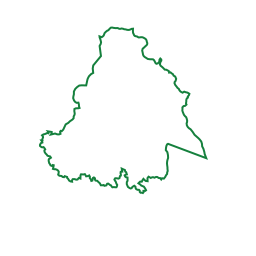 Acreúna, Goiás, Brazil, rotated 129°
{"feature_id": "56859067B88500827622042", "entity_name": "Acreúna", "entity_type": "district", "adm_level": 2, "iso_a3": "BRA", "parent_name": "Brazil", "parent_adm1": "Goiás", "projection": "albers", "projection_center": [-50.297, -17.423], "detail": "fine", "context": "isolated", "style": "outline", "palette": "green", "viewbox_px": 256, "rotation_deg": 129, "n_neighbors": 0, "source": "geoboundaries", "source_scale": "gbopen_adm2", "svg_char_len": 4839}
<svg xmlns="http://www.w3.org/2000/svg" viewBox="0 0 256 256"><g transform="rotate(129 128 128)"><path d="M150.0,76.2L148.4,75.4L147.7,74.5L147.5,72.6L146.7,71.5L147.1,69.8L145.6,69.9L144.8,68.3L142.5,68.3L140.8,68.7L139.1,68.7L137.9,69.6L136.4,70.1L134.8,71.7L133.7,72.6L132.5,73.9L131.0,75.4L129.7,76.3L128.3,77.1L126.0,78.0L124.0,79.8L122.0,82.2L121.4,84.7L119.3,86.1L117.7,86.9L116.1,87.3L115.1,86.9L102.2,48.2L100.0,52.0L98.6,53.6L96.7,56.3L95.6,58.8L93.7,60.6L92.4,62.6L91.8,65.2L91.6,67.0L91.4,72.0L90.3,75.4L89.6,78.6L89.8,80.4L89.6,82.2L88.9,83.9L87.5,85.4L86.3,85.8L85.1,86.6L83.9,88.1L83.0,89.6L82.9,91.2L82.5,92.9L81.9,94.0L81.2,95.3L80.3,96.7L79.0,97.6L77.7,98.7L76.0,98.6L74.9,97.6L73.0,97.3L72.4,98.4L70.7,99.4L69.6,100.3L68.1,100.9L66.7,100.6L66.0,101.3L64.2,101.3L62.8,101.8L62.9,103.0L63.1,104.1L63.9,105.7L64.4,107.2L66.2,107.8L66.5,109.3L66.6,110.3L66.3,111.8L65.6,113.2L65.7,114.7L65.3,116.1L64.8,118.4L63.9,120.1L62.8,120.7L61.8,120.6L60.6,121.0L59.5,121.5L58.9,122.6L58.3,123.7L58.6,125.5L57.9,127.0L58.1,128.6L58.0,130.0L59.1,130.9L58.1,132.1L58.3,133.4L58.6,134.9L59.5,136.2L59.2,138.3L59.1,139.8L59.1,141.9L58.5,143.2L57.1,144.0L56.0,144.4L54.7,144.5L53.8,145.3L53.7,146.6L55.1,146.5L56.0,145.9L57.1,145.3L58.9,145.5L60.1,146.2L60.3,147.2L59.5,149.0L58.9,150.4L58.9,151.8L59.8,153.0L60.7,154.1L61.9,156.1L62.1,158.2L62.3,159.5L62.2,161.1L61.6,162.4L60.8,163.3L59.9,164.4L58.9,165.7L57.1,166.5L55.7,166.2L53.3,165.9L52.2,165.7L51.1,165.7L49.9,166.4L49.3,167.4L48.3,168.7L47.8,169.7L47.8,171.3L48.0,172.4L48.3,173.7L49.2,175.0L50.3,176.0L51.0,176.9L51.2,178.6L51.7,179.5L52.2,180.8L51.9,182.0L51.3,183.0L50.9,183.9L49.9,184.9L48.7,185.9L47.7,186.6L48.7,187.6L50.0,188.2L51.1,188.9L52.2,190.3L52.8,191.8L53.7,193.2L53.9,194.1L54.7,195.6L56.0,196.6L56.5,197.5L56.8,198.9L58.2,200.5L59.3,202.3L59.9,203.5L60.7,204.4L62.1,204.7L64.4,204.8L65.5,205.4L67.4,205.8L69.0,205.9L70.5,205.4L71.4,205.1L72.6,205.2L74.0,205.6L74.7,207.8L75.5,207.0L76.7,205.0L78.3,202.9L79.9,202.1L82.1,201.7L89.1,194.3L101.2,194.4L103.9,192.9L107.1,189.7L109.3,190.6L112.3,190.9L114.8,190.4L116.1,189.9L121.2,187.3L122.7,189.2L124.2,191.1L125.7,192.6L128.2,193.3L130.8,193.6L133.7,193.0L135.8,191.3L137.7,190.4L139.3,189.4L140.6,187.2L141.0,185.2L140.7,183.7L139.5,182.5L140.5,181.1L142.1,179.6L142.9,178.3L144.0,179.1L145.5,180.9L146.9,181.6L148.6,180.4L150.2,178.6L151.3,177.9L153.2,177.5L154.7,176.4L156.4,176.5L159.4,177.4L161.5,177.6L164.4,178.7L170.0,177.3L172.2,177.5L172.6,178.5L173.7,178.4L175.0,176.8L176.4,177.6L177.5,179.1L178.2,181.2L181.6,183.8L180.1,184.0L179.1,184.8L181.0,188.1L181.3,186.9L182.2,186.5L182.6,187.6L183.6,188.0L185.2,188.9L186.2,189.7L187.8,190.2L188.1,188.8L188.8,188.1L189.8,187.8L190.7,187.5L191.4,186.7L192.2,187.6L192.5,186.6L193.2,185.4L194.7,186.2L196.5,185.8L197.3,185.1L197.3,183.2L196.9,182.4L196.0,181.6L196.2,180.4L196.7,178.9L198.0,178.9L199.0,177.9L199.4,176.9L199.7,175.9L199.8,174.5L200.2,173.1L199.7,171.9L199.1,170.6L199.6,169.2L200.7,169.5L201.7,169.9L202.7,169.6L203.6,168.8L204.3,167.9L204.9,167.1L205.2,165.9L205.8,164.7L205.4,163.3L204.1,163.2L203.7,162.3L205.1,161.5L207.0,160.6L206.5,159.4L205.7,158.5L205.2,157.1L205.1,155.6L205.5,154.4L206.6,153.6L208.2,152.9L208.3,151.3L207.1,149.4L207.2,148.1L206.5,146.8L205.3,146.9L204.8,145.6L204.4,144.5L205.1,143.8L205.2,142.5L205.9,140.7L205.7,139.1L204.9,137.7L204.2,138.5L202.6,138.8L201.3,137.3L200.8,135.8L199.8,134.8L198.6,134.8L197.6,134.7L197.2,133.2L194.7,135.1L193.6,135.4L193.0,134.6L192.3,133.5L191.0,132.5L191.4,131.3L191.9,130.1L190.6,128.9L189.3,128.3L189.9,126.9L190.9,126.3L191.3,124.6L192.2,123.2L191.3,122.6L189.9,123.3L188.9,123.8L187.9,123.4L187.9,122.0L188.8,121.4L189.3,120.2L188.4,118.7L188.6,116.9L188.7,115.0L189.6,113.1L188.7,111.9L187.6,111.0L187.8,110.0L186.2,108.7L184.5,109.1L183.7,108.5L183.6,107.3L183.6,106.1L183.3,105.1L183.8,103.8L183.9,102.8L182.8,101.8L182.1,100.6L181.3,99.7L180.1,100.0L179.0,100.6L178.6,101.9L177.3,104.0L177.1,105.2L176.5,106.2L175.1,106.3L174.1,105.0L173.4,103.6L172.3,103.1L171.4,103.5L170.4,104.0L169.5,103.6L168.4,104.5L167.8,105.4L166.6,106.1L165.5,105.0L164.5,106.2L163.5,107.3L163.0,105.3L162.6,104.0L163.6,102.7L163.5,101.6L164.8,99.7L165.7,100.4L166.9,100.8L167.5,99.7L167.5,98.5L166.8,97.2L168.3,95.9L169.4,95.1L170.7,94.9L171.7,94.2L172.5,93.5L173.0,92.5L173.8,91.0L173.7,89.2L173.4,88.0L172.5,87.3L171.3,87.5L170.0,87.2L168.9,86.8L168.9,85.3L169.7,84.6L170.3,83.4L170.1,81.8L169.1,80.5L169.3,79.5L170.3,78.6L170.4,77.5L169.5,76.5L169.2,75.5L168.0,75.5L167.1,76.4L166.0,75.0L165.0,74.8L164.2,76.7L163.6,78.8L164.4,81.5L164.2,82.9L164.4,85.1L163.2,85.0L162.0,84.8L161.0,83.5L159.4,83.9L157.8,84.0L158.0,82.4L158.0,80.9L157.0,79.3L155.9,80.3L154.7,81.3L152.9,81.4L152.6,80.0L152.5,78.9L151.1,78.2L150.4,77.5L150.0,76.2Z" fill="none" stroke="#15803d" stroke-width="2"/></g></svg>